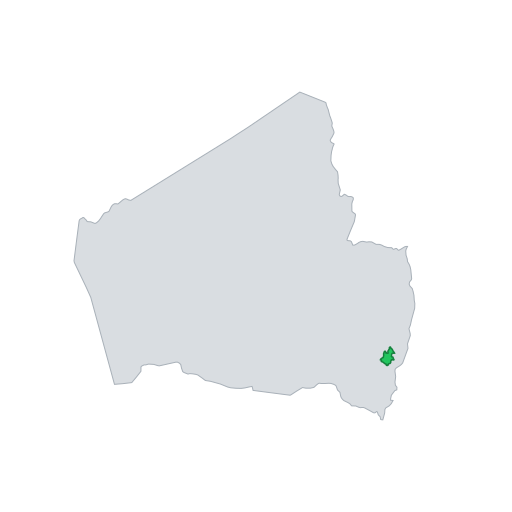 where Bordj Bou Arréridj sits in Algeria, rotated 110°
{"feature_id": "DZA-2207", "entity_name": "Bordj Bou Arréridj", "entity_type": "Province", "adm_level": 1, "iso_a3": "DZA", "parent_name": "Algeria", "parent_adm1": "", "projection": "natural_earth1", "projection_center": [4.728, 36.101], "detail": "fine", "context": "in_parent", "style": "filled", "palette": "green", "viewbox_px": 512, "rotation_deg": 110, "n_neighbors": 0, "source": "natural_earth", "source_scale": "10m", "svg_char_len": 5390}
<svg xmlns="http://www.w3.org/2000/svg" viewBox="0 0 512 512"><g transform="rotate(110 256 256)"><path d="M366.6,80.8L366.9,81.9L367.0,82.9L365.5,83.8L364.6,84.3L363.4,86.8L361.2,88.5L360.9,89.0L360.9,89.5L362.4,90.3L362.9,91.0L363.1,92.0L362.5,95.5L361.6,101.8L361.6,103.1L362.2,104.8L362.8,106.0L363.0,107.5L362.8,111.0L363.5,113.0L364.1,114.9L362.8,117.2L362.3,119.3L362.0,122.3L361.8,124.1L361.0,125.9L359.9,127.5L358.7,128.5L357.2,129.4L355.4,130.5L354.0,133.6L350.9,136.1L350.3,137.0L350.0,139.0L350.1,141.9L350.7,144.1L352.2,147.5L353.5,151.1L353.9,153.0L354.4,153.7L356.2,154.9L359.4,156.5L360.0,157.2L361.6,159.7L363.2,164.2L363.7,167.3L369.3,171.8L374.8,175.9L375.2,176.5L378.3,190.3L379.4,195.2L383.3,212.8L381.7,213.8L379.9,215.1L381.3,217.5L383.8,221.4L385.4,224.5L385.9,225.9L387.2,229.8L388.2,233.6L388.5,234.8L388.8,237.7L388.5,245.7L389.3,255.9L390.3,261.0L388.9,265.6L387.7,270.0L387.8,272.2L388.5,275.6L389.2,278.1L390.2,279.5L390.1,283.8L389.7,285.3L386.9,287.6L383.7,289.6L382.9,291.4L382.6,293.3L383.1,294.9L392.3,309.3L392.6,310.8L392.8,314.9L394.3,320.0L396.0,322.3L396.6,323.9L397.8,325.1L398.9,326.0L399.7,326.1L403.7,324.7L410.7,327.0L417.3,329.4L417.7,329.9L421.6,337.7L425.0,345.1L351.4,397.1L343.3,405.0L324.2,424.5L322.7,425.4L297.5,431.1L284.4,434.0L283.7,434.2L283.0,434.2L282.4,434.2L281.3,433.7L280.0,432.5L279.1,431.9L278.8,431.0L279.4,429.8L280.0,428.7L280.3,427.8L280.7,427.2L281.3,426.6L281.3,425.9L280.9,424.6L280.4,422.9L280.5,419.8L280.5,418.4L279.3,417.2L277.0,415.9L274.9,415.2L273.9,414.9L271.6,414.4L268.4,413.6L267.3,413.0L265.2,410.2L264.2,409.4L259.4,408.9L257.8,408.5L256.4,407.8L255.3,406.8L254.7,405.3L254.5,404.0L254.1,403.4L248.8,400.3L247.5,399.2L246.8,398.2L246.7,396.8L246.9,395.0L246.7,393.4L246.5,392.6L154.0,319.7L149.0,316.0L137.8,307.5L87.0,270.9L87.8,244.5L87.9,243.2L88.2,242.6L89.9,241.6L92.5,239.4L93.5,238.4L94.8,237.5L99.2,234.5L100.1,233.6L104.4,230.2L105.4,229.7L107.7,229.3L108.6,228.7L110.0,227.3L111.9,225.7L113.1,225.0L113.4,224.9L114.2,224.8L118.0,225.2L119.6,225.6L121.6,225.9L122.2,225.7L122.7,225.2L123.5,224.1L123.7,222.8L123.8,221.6L123.9,221.1L124.2,220.9L125.1,221.0L126.2,221.1L128.5,221.1L129.3,220.9L131.9,220.7L135.7,219.9L141.0,218.2L143.6,216.2L145.5,214.1L147.5,210.9L149.0,208.2L152.1,206.5L154.7,205.4L156.2,205.0L159.6,203.6L165.1,199.4L169.7,198.8L170.3,198.4L170.9,197.6L171.0,196.4L170.3,195.5L169.3,195.0L168.7,194.5L168.0,194.4L167.7,193.8L167.9,192.6L168.0,191.6L168.5,190.5L168.4,189.0L167.8,187.6L167.6,186.5L167.7,185.4L168.0,184.6L169.0,184.1L170.1,183.9L171.6,184.1L174.3,183.8L181.1,181.2L181.6,180.4L182.1,178.7L182.6,177.1L183.3,176.6L183.7,176.5L189.2,175.5L190.4,175.4L200.5,175.9L209.2,176.2L210.0,175.8L210.1,174.7L209.5,172.6L209.9,171.3L211.2,170.1L212.7,168.7L212.0,167.1L210.8,166.0L209.1,164.6L208.2,164.1L206.7,162.5L205.7,160.7L205.1,156.8L204.0,154.7L203.2,152.0L204.0,147.1L202.9,144.1L202.8,142.9L202.8,141.4L203.2,138.8L203.0,135.1L201.8,131.3L202.4,130.1L202.7,129.4L202.6,128.8L201.4,127.6L200.9,126.6L201.2,125.7L201.9,124.3L201.8,123.8L199.9,122.1L196.6,119.5L195.7,118.3L195.2,116.9L198.4,117.2L200.1,117.0L203.9,115.3L207.0,112.9L209.4,111.7L211.5,109.2L213.4,107.5L216.1,105.8L224.0,102.0L225.2,101.9L227.8,102.8L230.0,102.5L231.5,101.2L233.2,98.0L235.8,96.1L239.0,94.1L243.4,92.2L246.3,90.5L250.9,89.0L262.2,88.1L268.1,87.3L272.0,87.4L276.0,84.7L278.0,83.8L286.7,83.6L290.8,81.6L306.3,81.6L308.2,82.3L310.0,83.4L313.2,85.9L314.8,86.5L316.8,86.0L321.6,83.5L326.9,82.3L329.8,80.8L331.1,78.7L333.6,77.9L335.0,79.5L340.5,81.2L344.0,80.7L345.5,80.2L344.9,77.8L348.5,78.4L351.3,79.6L354.2,82.0L356.1,82.4L359.5,81.4L366.6,80.8Z" fill="#d9dde1" stroke="#a8b0b8" stroke-width="1"/><path d="M306.9,91.8L306.8,92.1L306.7,92.2L306.7,92.4L306.8,92.7L307.0,93.0L307.3,93.2L307.5,93.3L307.8,93.2L308.5,93.4L309.2,93.3L309.9,93.0L310.1,93.0L310.6,93.1L311.1,93.3L311.3,93.5L311.8,94.4L312.1,94.7L312.4,94.7L312.6,94.6L312.9,94.5L313.1,94.4L313.2,94.5L313.3,94.6L313.4,94.9L313.4,95.2L313.5,95.4L313.9,95.2L314.0,95.2L314.1,95.4L314.1,95.7L314.1,95.9L314.0,96.2L313.7,96.5L313.4,96.7L313.2,96.7L313.1,96.8L313.0,97.0L313.2,97.6L313.2,97.8L313.0,98.0L312.9,98.6L312.9,98.9L312.5,99.6L312.4,99.9L312.3,100.5L312.3,101.0L312.3,101.8L312.3,102.1L312.2,102.2L312.0,102.3L311.3,102.3L311.2,102.4L311.0,102.6L311.0,102.8L311.0,103.6L310.4,103.6L310.1,103.5L309.7,103.2L309.4,102.9L309.2,102.8L308.8,102.7L308.6,102.6L308.1,101.9L307.8,101.7L307.5,101.7L307.0,101.9L306.3,101.9L306.1,101.9L305.6,102.1L304.4,102.6L304.1,102.7L303.8,102.7L302.1,102.7L301.9,102.7L301.6,102.5L301.3,102.2L301.4,101.8L301.8,101.4L302.0,101.2L302.1,100.7L302.3,100.6L302.6,100.5L302.8,100.5L302.8,100.4L302.7,100.1L302.6,99.9L302.5,99.7L302.4,99.3L302.3,99.0L302.3,98.9L302.2,98.7L301.9,98.7L301.6,98.8L301.0,99.2L300.7,99.4L300.3,99.4L299.7,99.4L297.6,98.9L297.2,99.0L296.9,99.1L296.8,99.3L296.7,99.3L296.4,99.3L296.0,99.2L295.9,98.9L295.6,98.7L295.7,98.3L295.8,98.2L296.3,97.8L296.5,97.5L296.7,97.1L296.9,96.4L297.0,96.1L297.3,95.8L298.0,95.2L298.4,94.7L299.1,93.6L299.9,92.6L300.2,93.0L300.4,94.0L300.7,94.6L301.0,94.8L301.3,94.9L302.4,94.8L302.6,94.8L303.2,94.6L304.1,94.4L304.3,94.1L304.2,93.9L304.2,93.6L304.2,93.4L304.3,92.8L304.3,92.6L304.5,92.5L305.0,92.2L305.4,91.9L305.9,91.2L306.1,91.0L306.3,90.9L306.5,91.0L306.8,91.6L306.9,91.8Z" fill="#22c55e" stroke="#15803d" stroke-width="1.5"/></g></svg>